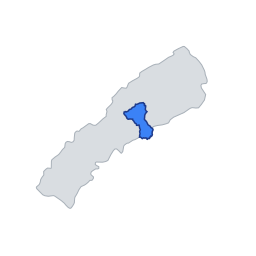 where Dhawalagiri sits in Nepal, rotated 117°
{"feature_id": "NPL-1125", "entity_name": "Dhawalagiri", "entity_type": "Administrative Zone", "adm_level": 1, "iso_a3": "NPL", "parent_name": "Nepal", "parent_adm1": "", "projection": "mercator", "projection_center": [83.63, 28.648], "detail": "fine", "context": "in_parent", "style": "filled", "palette": "blue", "viewbox_px": 256, "rotation_deg": 117, "n_neighbors": 0, "source": "natural_earth", "source_scale": "10m", "svg_char_len": 4840}
<svg xmlns="http://www.w3.org/2000/svg" viewBox="0 0 256 256"><g transform="rotate(117 128 128)"><path d="M224.9,142.3L225.9,143.1L226.0,144.3L225.8,145.7L224.8,148.6L223.9,150.6L222.9,155.0L221.9,162.5L222.1,163.8L225.0,168.0L226.1,171.3L226.2,173.6L225.0,177.3L223.6,181.5L222.9,182.5L222.1,182.8L218.6,181.4L216.2,181.6L213.4,182.4L210.5,182.2L208.1,181.7L205.0,183.4L202.1,182.5L200.2,181.5L199.0,178.5L198.5,178.2L192.3,181.2L190.8,181.4L187.0,179.8L183.9,178.1L182.7,177.6L179.7,177.0L177.0,176.6L174.0,175.6L170.3,176.9L168.9,176.8L167.5,175.9L166.8,173.9L166.6,172.0L165.3,170.7L163.4,170.4L160.7,171.6L156.7,173.1L155.4,172.9L154.3,172.4L153.8,172.0L153.3,170.3L152.7,169.9L151.7,169.8L150.1,169.4L148.1,168.1L142.0,165.0L141.2,163.6L141.3,160.6L140.9,159.3L140.2,158.0L137.1,156.6L131.0,154.4L127.6,152.7L126.0,153.5L122.9,154.2L121.3,155.8L119.3,155.3L114.6,153.7L112.0,153.4L110.5,154.0L110.2,154.9L108.2,156.0L106.4,155.1L102.8,154.0L99.6,153.4L94.8,152.0L94.2,149.8L93.4,147.7L92.2,147.4L87.9,147.8L84.0,145.5L79.7,142.5L77.9,141.5L76.7,141.2L75.7,141.6L74.5,142.2L73.4,142.4L71.1,141.2L68.2,139.3L64.6,137.1L60.3,134.0L58.6,132.2L57.8,130.9L56.9,129.6L53.2,127.5L50.3,125.9L46.7,124.0L46.2,123.6L44.8,122.4L42.8,120.9L41.1,120.5L40.6,121.3L40.2,122.2L38.7,122.0L36.4,120.5L34.1,118.9L32.2,117.4L30.3,115.9L29.8,114.8L30.6,111.4L31.7,108.5L32.7,107.8L34.2,105.9L34.8,102.4L34.7,99.5L36.2,95.4L38.3,91.0L41.9,86.2L43.4,84.7L45.1,83.6L48.4,80.1L49.1,79.5L50.5,78.6L52.0,78.4L53.0,78.8L54.1,80.7L55.5,82.4L57.1,82.3L59.0,80.8L62.9,74.0L68.3,72.6L73.5,73.3L78.0,74.3L79.4,76.6L80.3,79.0L80.8,80.2L82.3,81.6L88.8,85.1L92.5,88.1L97.7,92.3L101.5,94.1L105.0,94.2L106.9,95.9L109.8,99.1L112.3,102.8L115.3,106.2L117.5,106.0L120.3,104.9L123.9,103.5L126.0,104.2L127.9,105.2L128.5,106.9L129.7,110.2L131.0,113.7L133.0,114.9L135.4,116.7L136.7,118.1L141.2,120.7L141.8,121.7L142.7,122.4L143.8,122.9L144.7,123.4L146.1,123.6L151.3,122.0L152.7,122.2L153.5,122.5L153.5,123.1L152.6,125.5L151.8,128.6L152.6,130.1L154.8,130.8L159.6,131.2L166.1,131.2L168.0,132.7L170.0,135.1L171.9,139.1L172.7,140.8L173.7,141.3L175.4,140.6L175.7,138.9L175.7,136.5L177.2,135.7L178.1,136.3L179.1,138.2L181.8,139.9L183.7,140.8L185.6,140.5L186.4,139.8L187.3,136.5L188.7,136.0L190.6,136.2L191.3,136.9L192.0,138.2L194.2,138.8L196.5,139.7L198.5,140.8L201.5,143.2L205.1,143.7L209.3,143.6L211.5,143.7L213.1,143.9L214.6,143.7L218.9,141.9L220.7,141.8L222.8,142.0L224.9,142.3Z" fill="#d9dde1" stroke="#a8b0b8" stroke-width="1"/><path d="M124.1,103.2L124.4,103.2L124.6,103.4L124.8,103.6L124.8,103.9L125.1,103.8L125.4,103.7L125.7,103.8L125.9,104.0L126.3,104.4L126.7,104.3L127.2,104.1L127.6,104.1L127.8,104.4L128.0,105.2L128.1,105.5L128.5,105.5L128.9,105.5L129.2,105.5L129.3,105.9L129.2,106.4L128.9,106.8L128.6,107.3L128.8,107.8L129.3,108.3L129.4,108.5L129.5,108.8L129.7,109.7L130.2,110.0L130.8,110.2L131.0,110.5L130.4,112.9L130.9,113.6L130.7,113.7L129.9,113.9L129.3,114.3L128.9,114.4L127.9,114.6L127.6,114.7L127.3,114.9L127.1,115.1L126.5,115.6L125.9,116.0L125.5,116.2L125.1,116.2L124.6,116.1L124.1,116.2L123.8,116.3L123.6,116.5L123.3,117.0L123.1,117.3L121.5,118.6L120.9,119.0L120.6,119.2L120.4,119.3L120.4,119.5L120.5,119.7L121.5,121.0L121.7,121.6L120.6,122.5L120.4,123.2L120.5,123.8L120.4,124.2L120.2,124.6L119.9,125.0L119.4,125.7L119.2,126.1L118.8,127.2L118.6,127.5L118.4,127.7L118.0,127.9L118.5,128.9L118.8,129.8L119.0,130.1L119.2,130.4L119.4,130.9L119.6,131.2L120.0,131.6L120.1,131.8L120.1,132.5L119.8,133.4L119.5,133.6L119.2,134.0L118.9,134.5L118.4,135.1L118.3,135.3L118.1,136.0L117.5,137.5L117.2,138.0L116.9,138.3L115.5,138.7L115.1,138.0L114.9,137.9L114.6,137.9L114.5,137.6L114.4,137.3L114.5,137.1L114.5,136.9L114.3,136.7L113.2,135.8L112.9,135.6L112.6,135.5L112.1,135.4L111.5,135.3L111.1,135.2L110.7,135.0L110.5,134.7L110.3,134.4L110.1,134.2L109.8,134.0L109.3,133.7L109.0,133.6L108.3,133.6L108.0,133.5L107.5,133.2L106.2,132.0L105.7,131.8L105.3,131.7L103.4,132.1L103.2,131.3L102.9,130.9L102.4,130.4L100.1,128.6L99.9,127.9L99.7,127.6L99.4,127.3L99.2,127.1L98.9,126.4L98.7,126.2L98.5,125.9L99.1,125.1L98.8,124.8L98.8,124.6L98.9,124.3L99.4,123.9L99.7,123.7L100.0,123.7L100.3,123.7L100.5,123.6L100.6,123.4L100.6,123.1L100.5,122.9L100.3,122.6L100.2,122.4L100.5,122.2L101.0,121.9L102.3,121.5L103.6,121.0L104.4,119.9L104.7,119.3L104.8,118.5L105.5,118.6L106.1,118.8L106.5,118.9L107.1,118.9L107.9,119.0L108.3,119.0L109.5,118.7L110.0,118.5L110.5,118.2L112.7,117.4L113.0,117.0L113.8,114.7L114.3,113.9L115.6,112.2L115.8,112.0L116.0,111.7L116.1,111.3L116.3,109.2L116.4,108.8L116.6,108.5L116.9,108.3L117.1,108.0L117.2,107.8L117.1,106.8L117.3,106.4L117.4,105.9L117.6,105.5L118.0,105.0L118.6,104.8L119.3,104.7L119.9,104.8L120.4,104.7L121.5,104.2L122.1,104.0L122.2,103.9L122.5,103.6L122.6,103.4L123.3,103.2L123.8,103.2L124.1,103.2Z" fill="#3b82f6" stroke="#1e3a8a" stroke-width="1.5"/></g></svg>